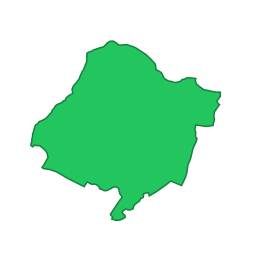 the district of Domasnea, Caras-Severin, Romania, rotated 216°
{"feature_id": "2599482B60620901079337", "entity_name": "Domasnea", "entity_type": "district", "adm_level": 2, "iso_a3": "ROU", "parent_name": "Romania", "parent_adm1": "Caras-Severin", "projection": "albers", "projection_center": [22.344, 45.088], "detail": "fine", "context": "isolated", "style": "filled", "palette": "green", "viewbox_px": 256, "rotation_deg": 216, "n_neighbors": 0, "source": "geoboundaries", "source_scale": "gbopen_adm2", "svg_char_len": 4210}
<svg xmlns="http://www.w3.org/2000/svg" viewBox="0 0 256 256"><g transform="rotate(216 128 128)"><path d="M190.9,189.7L191.8,189.0L193.7,187.5L193.8,186.9L194.0,186.6L194.3,185.4L194.8,184.8L194.9,184.3L194.9,183.3L195.0,182.0L195.3,180.2L195.5,179.5L195.7,179.2L195.9,178.7L196.7,177.7L197.9,176.4L199.6,173.9L200.7,172.3L201.7,170.9L202.1,170.1L202.2,169.5L202.3,169.4L202.4,168.9L203.8,167.2L204.4,166.2L204.8,165.3L205.0,164.8L205.1,164.1L204.2,163.0L203.8,162.5L203.1,161.2L202.0,160.0L201.6,159.4L200.8,158.1L200.4,157.0L200.0,156.0L199.6,153.8L199.2,153.1L199.0,152.3L198.9,151.6L198.7,150.3L198.3,149.1L198.2,148.3L198.3,147.2L198.0,145.7L197.4,142.7L196.9,140.7L196.5,139.2L196.4,138.4L196.4,138.2L196.5,135.8L196.5,133.9L196.8,132.4L196.8,129.5L196.6,128.6L196.5,128.4L196.3,128.2L196.3,127.9L196.3,127.5L196.2,127.1L196.2,126.8L195.3,125.6L193.4,123.9L193.1,123.3L193.3,122.7L194.0,121.7L194.7,120.0L195.1,119.0L195.2,118.4L195.3,118.2L195.4,117.4L195.6,116.6L195.6,115.2L195.5,114.6L195.1,113.9L195.0,113.7L195.1,113.3L195.3,113.1L195.8,112.6L196.0,112.2L196.3,111.6L196.4,111.1L196.4,110.5L196.3,110.0L197.0,108.8L198.1,107.0L198.8,105.9L199.2,104.9L199.6,103.7L199.7,102.7L199.5,101.2L199.5,100.9L199.4,99.8L199.9,98.0L199.7,97.5L199.4,96.9L199.1,96.2L199.2,95.2L199.1,94.7L199.3,94.4L199.5,94.0L199.5,93.4L199.5,92.6L199.6,91.3L199.6,90.9L199.7,90.0L199.9,89.3L199.9,88.4L200.2,87.3L200.8,85.9L202.1,83.2L203.1,81.7L203.3,81.5L203.6,80.8L203.6,79.6L203.6,78.2L203.8,77.5L204.3,76.8L204.6,76.2L203.8,73.3L203.3,72.0L203.2,71.8L202.3,69.6L202.1,68.6L201.7,67.2L200.5,65.4L200.1,64.6L199.9,63.9L199.4,63.0L198.8,61.8L198.0,60.6L197.7,59.7L197.3,58.7L196.8,57.4L196.3,56.9L195.4,56.7L194.2,56.7L193.9,56.9L193.8,57.5L193.9,58.1L193.8,58.8L193.6,59.2L193.0,59.3L192.0,59.8L190.9,60.5L190.3,60.9L189.9,61.4L189.1,61.8L184.4,61.6L181.2,61.0L180.8,60.9L178.7,60.1L177.1,58.7L176.8,58.3L176.4,57.8L175.6,57.4L175.5,57.2L175.1,56.3L175.0,55.8L175.2,54.7L175.1,54.0L175.0,53.5L174.9,53.1L174.7,51.2L174.5,50.2L174.4,49.1L174.4,48.6L174.4,45.6L172.7,45.4L167.4,48.2L160.2,50.5L147.1,51.8L128.9,54.8L129.3,59.4L129.1,60.4L124.2,61.1L123.5,61.9L122.6,62.6L121.7,63.1L120.7,63.6L119.0,63.6L117.0,63.4L116.7,63.3L116.2,62.9L115.7,62.4L115.1,62.3L114.5,62.2L112.9,63.1L112.0,63.1L111.0,63.1L110.2,63.4L109.8,63.9L108.9,64.3L108.2,65.3L107.8,66.0L107.3,66.7L107.2,67.0L105.1,71.4L104.0,72.7L103.5,73.1L102.9,73.4L102.3,73.5L101.7,73.6L100.1,73.6L96.0,70.0L92.0,68.6L92.2,62.8L91.5,47.8L90.7,47.4L89.8,47.2L89.0,47.0L88.1,47.0L87.7,44.8L84.0,46.0L83.3,46.4L82.8,46.8L82.2,47.2L81.7,47.7L81.0,48.3L80.4,49.0L79.9,49.7L79.4,50.5L78.9,51.2L78.5,52.1L78.2,52.9L77.9,53.8L77.8,54.1L78.5,55.0L78.9,55.3L79.5,55.6L79.9,55.6L80.6,55.6L81.0,55.6L83.2,56.2L83.3,58.2L82.3,61.0L79.8,61.8L78.3,62.7L76.4,65.6L77.5,68.1L77.4,70.6L75.8,75.6L76.3,78.4L74.9,80.5L75.4,82.1L76.7,83.6L75.6,85.6L74.0,87.1L73.1,87.4L72.5,87.0L71.9,86.6L71.4,86.1L70.9,85.6L67.7,92.9L63.9,104.2L62.2,110.3L50.9,112.9L52.5,121.9L54.4,127.0L57.8,133.3L59.5,140.3L62.8,148.1L63.1,148.7L63.6,150.7L64.0,152.6L64.4,154.5L64.6,156.5L65.9,159.9L67.8,160.4L69.3,161.9L70.5,164.2L72.8,165.9L75.0,170.3L65.8,175.1L60.6,180.0L61.6,181.8L63.0,185.7L63.9,186.5L64.7,187.3L65.5,188.2L66.2,189.2L66.5,189.7L67.6,192.4L67.7,200.7L68.5,200.7L69.3,200.8L70.0,201.0L70.7,201.3L71.2,201.5L71.9,202.6L71.9,208.3L73.1,209.1L74.1,211.2L75.4,210.7L75.8,210.3L76.1,209.9L76.7,209.5L77.3,209.1L78.5,208.5L79.7,207.9L81.0,207.2L82.0,206.8L83.2,206.4L84.1,205.9L86.8,204.7L87.7,204.2L88.0,204.0L90.0,203.3L90.2,203.6L95.2,203.5L98.7,203.9L100.0,204.9L101.6,206.1L102.2,207.6L102.2,207.8L103.2,207.5L106.0,205.8L109.3,203.6L109.8,203.2L110.3,202.3L110.8,201.0L111.9,199.7L112.7,199.1L113.0,197.4L112.9,196.7L114.4,194.8L116.1,193.0L116.4,192.7L117.8,191.9L120.1,191.3L120.9,190.8L122.0,190.2L123.2,189.8L126.3,189.4L127.9,189.5L133.5,192.4L134.5,192.3L135.7,192.3L137.0,192.1L138.2,191.9L139.4,191.6L143.4,195.7L146.8,196.5L150.3,197.1L153.8,197.6L157.3,198.0L168.7,197.4L171.3,196.9L177.2,195.0L178.7,194.2L179.6,193.5L180.5,192.8L181.3,192.0L182.0,191.1L184.2,189.8L185.9,189.9L187.5,189.9L189.2,189.8L190.9,189.7Z" fill="#22c55e" stroke="#15803d" stroke-width="1.5"/></g></svg>